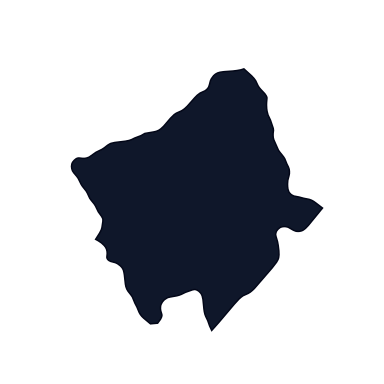 Castillo, Duarte, Dominican Republic (Mercator projection), rotated 310°
{"feature_id": "3306468B31891639272972", "entity_name": "Castillo", "entity_type": "district", "adm_level": 2, "iso_a3": "DOM", "parent_name": "Dominican Republic", "parent_adm1": "Duarte", "projection": "mercator", "projection_center": [-70.034, 19.235], "detail": "fine", "context": "isolated", "style": "filled", "palette": "ink", "viewbox_px": 384, "rotation_deg": 310, "n_neighbors": 0, "source": "geoboundaries", "source_scale": "gbopen_adm2", "svg_char_len": 2939}
<svg xmlns="http://www.w3.org/2000/svg" viewBox="0 0 384 384"><g transform="rotate(310 192 192)"><path d="M319.7,152.6L317.0,150.9L314.0,148.4L311.1,145.7L304.7,139.1L301.8,136.5L299.7,135.1L297.4,134.2L295.0,133.8L291.4,134.0L289.1,134.6L285.3,136.4L283.3,137.2L282.2,137.4L280.0,137.4L277.8,136.9L273.0,134.6L269.5,133.8L265.8,133.5L254.4,133.2L250.7,132.7L248.4,132.1L247.3,131.7L242.3,129.3L239.9,128.6L234.7,128.1L224.1,128.0L220.2,127.5L217.8,126.8L215.5,125.6L213.5,124.1L206.5,118.2L202.4,116.7L196.5,113.4L193.3,112.0L191.1,110.7L188.1,108.3L180.3,101.0L177.1,98.6L176.0,98.1L173.7,97.3L169.1,96.3L166.8,95.6L160.7,92.9L152.7,90.8L150.7,89.7L149.0,88.4L147.6,86.8L145.4,83.5L144.7,82.8L143.8,82.2L142.8,81.8L140.6,81.4L138.3,81.4L137.2,81.6L136.1,82.0L134.2,83.2L132.6,84.9L131.4,86.8L130.7,89.1L129.9,93.7L129.3,96.0L126.6,102.2L125.9,104.5L124.7,110.3L123.9,112.5L121.5,117.6L120.9,119.9L120.0,124.6L119.3,126.9L116.6,132.9L115.2,138.4L114.4,140.4L113.8,141.3L112.2,142.6L106.8,145.9L104.7,146.8L101.2,147.6L93.8,148.6L94.4,151.6L94.8,155.4L94.6,159.1L94.1,161.4L93.1,163.5L91.8,165.2L90.3,166.6L87.3,168.7L86.7,169.4L86.3,170.3L86.1,171.3L86.1,172.3L86.5,174.2L88.6,178.7L89.2,181.0L89.4,184.6L89.1,187.0L88.2,189.4L86.7,191.5L85.0,193.5L78.6,200.2L77.0,202.2L75.7,204.5L74.9,206.7L73.9,211.4L73.3,213.7L70.2,219.6L68.4,223.9L65.8,228.9L65.0,231.1L64.5,233.5L64.3,236.0L64.3,244.9L69.4,250.0L74.1,249.7L76.2,249.2L77.2,248.8L78.1,248.3L78.8,247.6L81.0,244.3L82.4,242.8L84.1,241.5L85.1,240.9L86.2,240.5L88.6,240.0L91.0,240.0L92.2,240.2L94.5,240.9L95.7,241.4L97.7,242.9L102.6,247.0L104.6,248.4L106.7,249.6L111.0,251.5L117.4,255.3L119.0,256.6L119.6,257.6L120.0,258.6L120.4,260.8L120.2,263.1L120.0,264.3L119.0,266.5L116.8,269.4L109.8,276.6L108.2,278.4L106.7,280.4L105.5,282.5L103.6,286.7L100.7,291.6L98.6,296.1L109.4,296.4L133.3,296.5L140.2,296.8L142.9,297.2L145.4,297.8L150.4,300.2L152.8,301.0L155.5,301.5L158.2,301.8L185.4,302.2L192.5,301.9L195.2,301.4L196.5,301.0L197.7,300.4L199.8,299.0L202.8,296.3L206.4,292.5L208.9,289.5L212.1,284.7L213.4,283.2L215.4,282.2L216.4,281.9L218.7,281.8L221.0,282.2L222.1,282.6L223.9,283.9L225.4,285.6L226.5,287.5L226.9,288.6L227.9,294.2L228.6,296.4L229.1,297.4L230.5,299.2L232.2,300.6L233.2,301.2L234.4,301.7L237.0,302.3L241.2,302.6L263.6,302.3L263.2,293.6L263.0,291.1L262.5,288.7L261.7,286.5L259.0,281.6L257.0,277.3L254.4,272.6L253.9,270.4L253.8,269.2L254.1,266.8L254.6,265.7L255.9,263.6L257.6,261.8L259.5,260.1L262.5,257.9L266.7,255.9L268.7,254.8L270.4,253.4L271.9,251.8L273.1,249.8L274.5,246.6L277.1,241.7L277.8,239.5L279.0,233.6L279.6,231.3L284.6,221.1L285.9,219.3L287.4,217.8L289.0,216.5L291.6,214.8L293.0,213.3L297.5,205.9L299.9,200.7L302.1,197.6L303.8,195.7L306.5,193.2L308.4,191.7L311.8,189.3L312.6,188.6L313.1,187.7L313.5,186.7L314.1,184.6L314.8,178.7L315.2,176.4L315.9,174.2L318.2,169.2L318.8,166.8L319.3,163.1L319.7,152.6Z" fill="#0f172a" stroke="#020617" stroke-width="1.5"/></g></svg>